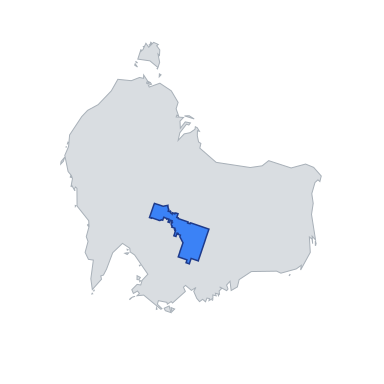 Central Desert, Northern Territory, Australia shown in context, rotated 199°
{"feature_id": "25037944B81249572637263", "entity_name": "Central Desert", "entity_type": "district", "adm_level": 2, "iso_a3": "AUS", "parent_name": "Australia", "parent_adm1": "Northern Territory", "projection": "robinson", "projection_center": [134.79, -21.072], "detail": "fine", "context": "in_parent", "style": "filled", "palette": "blue", "viewbox_px": 384, "rotation_deg": 199, "n_neighbors": 0, "source": "geoboundaries", "source_scale": "gbopen_adm2", "svg_char_len": 6937}
<svg xmlns="http://www.w3.org/2000/svg" viewBox="0 0 384 384"><g transform="rotate(199 192 192)"><path d="M259.4,77.0L263.1,95.5L268.0,94.6L273.4,100.1L274.2,111.4L277.4,115.3L278.1,125.8L280.3,131.2L296.1,141.3L302.0,158.0L303.8,158.8L304.2,155.9L307.6,158.9L308.1,157.4L309.4,165.8L311.4,168.3L315.8,171.0L324.2,185.2L323.5,194.7L326.3,206.1L320.8,227.4L317.3,235.2L309.2,244.0L301.2,261.4L298.8,274.4L285.6,277.5L278.9,283.2L274.8,283.7L275.8,286.9L269.7,282.2L270.6,281.1L270.2,279.9L269.1,279.9L266.9,281.9L265.4,280.7L268.0,278.8L266.6,277.3L257.8,284.4L244.5,280.9L234.3,272.2L234.1,265.5L229.3,259.4L231.4,259.7L231.4,257.8L224.3,259.7L226.4,255.1L223.8,248.5L221.2,256.1L216.0,256.8L216.8,254.3L219.3,254.3L222.8,244.0L221.9,236.3L218.3,244.4L213.1,247.5L209.6,252.3L210.1,254.8L208.0,254.5L204.7,251.8L206.8,251.7L205.3,246.9L202.1,241.5L199.4,240.8L198.9,236.0L178.8,227.9L144.9,234.1L134.2,239.6L129.7,246.6L106.1,247.0L93.7,255.4L85.0,254.9L75.0,249.2L74.5,243.5L76.9,244.5L78.8,241.0L78.2,229.4L73.7,220.7L71.7,209.7L59.6,186.9L64.0,189.3L61.1,182.4L63.1,186.5L66.4,187.7L60.5,173.4L63.9,153.6L64.8,158.3L68.4,153.2L81.5,144.2L86.2,144.7L110.0,136.1L118.9,124.5L118.2,117.0L122.9,111.6L127.0,120.0L129.0,115.3L126.4,112.0L127.1,110.0L135.0,111.3L132.5,110.5L134.1,107.2L132.7,104.3L136.9,103.9L135.3,101.7L138.8,101.4L137.6,98.3L140.6,94.8L140.8,96.9L143.3,96.6L143.5,92.6L147.0,94.0L149.2,90.8L152.9,93.0L158.0,98.6L157.2,103.0L160.5,98.8L167.7,101.6L169.1,99.2L165.9,95.8L174.3,80.7L176.0,81.6L178.8,77.9L179.8,79.5L188.4,78.3L188.2,74.6L182.4,71.9L183.3,71.0L204.1,78.8L210.2,76.0L208.7,78.9L211.3,80.6L214.4,77.0L217.1,80.0L213.8,86.8L210.2,87.4L210.4,92.3L207.0,99.9L225.8,113.8L230.9,115.2L232.5,118.5L241.0,120.8L247.2,108.8L247.7,91.2L248.7,84.6L250.9,83.0L249.2,80.0L254.5,67.3L259.4,77.0ZM264.7,298.6L274.5,302.3L286.5,300.0L286.7,310.4L286.0,308.5L284.7,310.7L284.0,317.6L280.0,314.8L277.0,321.0L271.9,320.5L273.0,318.8L268.7,315.8L267.2,310.5L269.1,311.4L264.8,304.1L264.7,298.6ZM172.6,71.1L178.6,71.1L180.5,73.0L176.5,76.8L172.6,71.1ZM213.7,261.8L223.9,261.5L219.5,263.2L213.7,261.8ZM215.5,91.3L216.7,95.0L213.0,94.4L213.6,91.7L215.5,91.3ZM323.7,183.5L323.6,179.2L325.2,175.6L325.7,178.2L323.7,183.5ZM284.2,292.4L287.5,293.3L287.5,294.8L284.2,292.4ZM172.0,72.2L174.2,75.9L170.3,75.7L172.0,72.2ZM261.3,293.1L259.4,292.7L260.5,290.2L261.3,293.1ZM235.6,112.2L233.8,113.3L232.0,113.9L232.9,111.8L235.6,112.2ZM59.5,185.9L57.9,183.8L57.7,181.8L58.0,181.7L59.5,185.9ZM286.7,296.2L287.9,297.2L285.5,296.4L286.7,296.2ZM310.6,166.4L312.0,166.4L312.0,168.3L310.6,166.4ZM278.5,125.6L280.1,126.8L279.8,127.4L278.5,125.6ZM279.7,318.5L279.7,320.2L278.5,319.6L279.7,318.5ZM325.5,196.3L325.5,198.7L325.3,198.6L325.5,196.3ZM187.9,70.9L186.9,69.9L187.5,69.4L187.9,70.9ZM215.8,71.1L214.3,73.0L216.0,69.7L215.8,71.1ZM325.8,193.5L325.1,194.2L325.6,193.4L325.8,193.5ZM217.9,105.6L217.0,106.0L217.5,105.1L217.9,105.6ZM212.6,91.2L211.5,91.4L212.2,90.2L212.6,91.2ZM73.0,144.3L72.7,145.8L72.3,145.7L73.0,144.3ZM252.8,66.5L252.7,67.8L252.3,66.8L252.8,66.5ZM269.1,280.5L269.3,281.3L269.0,281.1L269.1,280.5ZM213.9,73.5L211.9,74.8L214.0,73.2L213.9,73.5ZM137.7,96.4L137.0,97.3L137.4,96.3L137.7,96.4ZM280.4,317.3L279.8,317.6L280.2,317.0L280.4,317.3ZM234.7,116.7L233.6,116.6L234.2,115.9L234.7,116.7ZM133.8,103.3L133.2,103.8L133.2,102.6L133.8,103.3ZM285.4,313.7L284.5,314.2L284.8,313.2L285.4,313.7ZM253.5,63.0L253.4,63.8L252.8,63.4L253.5,63.0ZM268.5,281.6L269.4,282.3L268.0,282.1L268.5,281.6ZM298.0,141.3L297.3,141.3L297.6,140.3L298.0,141.3ZM303.5,155.7L303.2,155.7L303.5,154.9L303.5,155.7ZM265.2,297.3L264.9,297.9L264.7,297.2L265.2,297.3Z" fill="#d9dde1" stroke="#a8b0b8" stroke-width="1"/><path d="M223.9,154.0L221.8,154.0L221.8,154.5L219.5,154.5L218.6,154.5L217.4,154.5L215.3,154.5L213.9,154.5L213.9,154.4L213.7,154.4L213.5,154.5L213.4,154.5L213.1,154.6L212.9,154.8L212.7,154.9L212.7,155.0L212.4,155.1L212.3,155.3L212.2,155.3L212.0,155.5L211.8,155.6L211.7,155.7L211.7,155.8L210.5,155.8L210.5,156.5L210.5,158.8L210.0,158.7L209.9,159.0L209.7,159.0L209.1,158.8L208.3,158.8L208.0,158.8L207.0,158.0L206.6,158.3L206.6,158.5L206.6,158.8L205.6,158.8L204.9,158.8L204.9,158.1L204.9,157.8L204.9,157.3L204.9,155.8L203.2,155.8L203.2,158.1L203.2,158.3L202.7,158.3L201.4,158.3L201.4,158.2L201.5,158.1L201.4,158.1L201.4,157.9L201.4,157.7L201.4,157.3L201.4,156.9L200.8,156.9L200.9,156.7L201.0,156.4L200.9,156.3L200.9,156.0L200.9,155.9L200.9,155.7L201.0,155.6L201.3,155.5L201.3,154.9L200.9,154.2L200.1,153.4L199.7,153.4L199.7,152.2L199.2,152.2L198.7,152.2L198.0,152.2L195.8,152.2L196.0,152.1L196.1,151.9L196.3,151.7L196.5,151.5L196.5,151.2L196.0,151.2L195.8,151.2L195.7,151.2L195.7,150.0L195.3,150.0L195.0,150.0L195.0,148.5L194.9,146.8L194.9,146.2L194.9,144.7L192.7,144.7L192.7,146.0L192.7,147.0L192.7,148.3L191.6,148.3L191.6,147.4L191.0,147.4L188.9,147.4L188.9,146.9L188.9,145.7L187.3,144.2L185.7,142.7L185.1,142.1L184.0,141.1L184.0,139.1L184.0,138.7L184.0,136.5L184.0,134.2L184.0,132.1L184.0,131.9L183.9,129.6L183.9,127.3L183.9,126.2L181.8,126.2L181.4,126.2L178.1,126.2L175.6,126.2L174.7,126.2L174.6,125.0L174.6,123.2L173.2,123.2L172.5,123.2L171.1,123.2L171.2,125.1L171.2,125.5L171.2,126.0L171.2,128.3L171.2,128.9L166.6,128.9L165.7,128.9L165.2,128.9L163.6,128.9L163.7,130.0L163.7,131.5L163.7,132.2L163.7,133.0L163.7,133.3L163.7,134.0L163.8,146.8L163.8,148.6L163.9,153.5L163.9,156.5L163.9,162.4L166.8,162.4L170.7,162.4L172.7,162.4L174.6,162.4L175.2,162.4L177.3,162.4L178.3,162.4L179.3,162.4L180.4,162.4L181.1,162.4L182.0,162.4L183.2,162.4L183.2,161.6L183.3,161.6L184.4,161.6L184.4,161.2L186.0,161.2L186.0,162.4L188.1,162.4L188.6,162.4L189.4,162.4L190.4,162.4L190.8,162.4L192.8,162.4L194.0,162.4L194.7,162.4L195.5,162.4L195.8,162.4L196.2,162.4L196.2,162.6L196.5,163.1L198.1,163.0L198.1,164.2L198.1,164.3L198.1,164.7L198.1,166.9L199.4,166.9L199.6,166.9L200.2,166.9L200.2,166.7L200.3,166.6L201.2,166.6L201.2,166.3L201.2,165.7L201.7,165.7L201.7,165.8L202.0,165.8L202.0,166.0L202.3,166.0L203.1,166.0L203.6,166.0L203.6,164.7L204.2,165.2L204.8,165.2L205.2,165.2L205.2,165.3L205.3,165.4L205.3,165.5L205.5,165.7L205.5,165.8L205.6,166.0L205.7,166.5L205.8,166.5L206.0,166.7L206.1,166.8L206.3,166.9L206.4,167.0L206.5,167.0L206.7,166.1L207.5,166.1L208.3,166.1L208.3,168.1L208.5,168.2L208.6,168.3L208.8,168.3L208.9,168.5L209.0,168.6L209.1,168.8L209.2,169.0L209.3,169.2L209.4,169.3L209.5,169.4L209.5,169.5L209.7,169.8L209.8,169.9L209.8,170.0L210.0,170.1L210.0,170.3L210.0,170.5L210.2,170.8L210.3,170.8L210.3,171.0L210.5,171.3L210.5,171.5L210.9,171.3L212.8,170.2L214.6,169.1L216.2,169.1L217.5,169.1L219.6,169.1L221.8,169.0L223.8,169.0L223.9,167.4L223.9,166.3L223.9,163.5L223.9,163.1L223.9,162.8L223.9,162.5L223.9,162.4L223.9,161.9L223.9,161.3L223.9,161.0L223.9,160.8L223.9,160.7L223.9,160.4L223.9,159.3L223.9,159.1L223.9,158.1L223.9,157.6L223.9,157.3L223.9,157.2L223.9,156.8L223.9,155.1L223.9,154.1L223.9,154.0Z" fill="#3b82f6" stroke="#1e3a8a" stroke-width="1.5"/></g></svg>